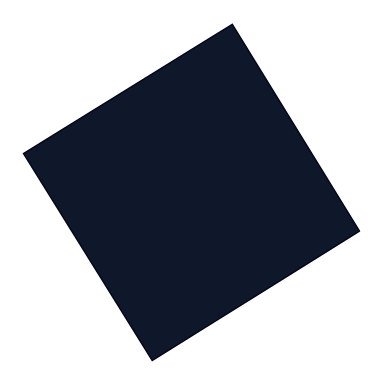 Maracó, La Pampa, Argentina (Natural Earth projection), rotated 58°
{"feature_id": "61730980B39039474647755", "entity_name": "Maracó", "entity_type": "district", "adm_level": 2, "iso_a3": "ARG", "parent_name": "Argentina", "parent_adm1": "La Pampa", "projection": "natural_earth1", "projection_center": [-63.664, -35.679], "detail": "fine", "context": "isolated", "style": "filled", "palette": "ink", "viewbox_px": 384, "rotation_deg": 58, "n_neighbors": 0, "source": "geoboundaries", "source_scale": "gbopen_adm2", "svg_char_len": 394}
<svg xmlns="http://www.w3.org/2000/svg" viewBox="0 0 384 384"><g transform="rotate(58 192 192)"><path d="M70.1,314.5L118.2,314.6L268.1,314.9L313.1,315.0L313.8,315.0L313.8,303.5L313.8,253.9L313.9,170.0L313.9,72.7L313.9,70.8L313.4,70.7L170.6,69.7L71.2,69.0L71.2,69.3L71.2,69.6L71.0,100.4L70.8,149.4L70.6,199.4L70.3,265.4L70.1,314.5Z" fill="#0f172a" stroke="#020617" stroke-width="1.5"/></g></svg>